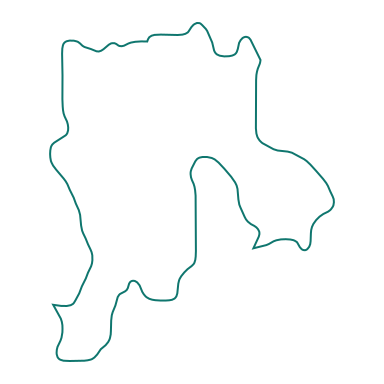 Jamao al Norte, Espaillat, Dominican Republic
{"feature_id": "3306468B95520457943603", "entity_name": "Jamao al Norte", "entity_type": "district", "adm_level": 2, "iso_a3": "DOM", "parent_name": "Dominican Republic", "parent_adm1": "Espaillat", "projection": "natural_earth1", "projection_center": [-70.445, 19.588], "detail": "fine", "context": "isolated", "style": "outline", "palette": "teal", "viewbox_px": 384, "rotation_deg": 0, "n_neighbors": 0, "source": "geoboundaries", "source_scale": "gbopen_adm2", "svg_char_len": 3644}
<svg xmlns="http://www.w3.org/2000/svg" viewBox="0 0 384 384"><path d="M260.5,60.0L250.5,39.7L248.9,37.8L247.7,37.2L246.5,36.9L245.2,36.9L243.9,37.3L242.6,38.0L240.6,40.2L239.1,42.9L237.8,49.0L236.8,51.9L236.0,53.2L234.9,54.3L233.6,55.0L232.1,55.6L229.1,56.2L224.3,56.4L219.7,55.7L216.9,54.4L215.7,53.3L214.8,52.0L214.1,50.5L212.2,42.5L207.2,31.0L205.8,28.9L202.1,25.0L200.4,23.5L199.3,23.1L196.9,23.0L194.5,24.1L193.4,24.9L191.4,27.1L188.6,31.4L187.8,32.4L185.4,33.8L182.5,34.6L177.7,35.0L160.8,34.6L154.5,34.9L151.6,35.7L149.3,37.2L148.0,39.3L147.2,41.5L141.2,41.4L135.2,41.8L130.9,42.6L128.4,43.5L124.0,45.7L121.7,46.2L119.5,46.0L118.5,45.6L116.3,44.0L114.5,43.2L112.3,43.2L111.1,43.4L108.8,44.7L103.5,49.2L101.2,50.7L98.8,51.5L96.5,51.3L90.8,49.0L84.5,47.0L82.5,45.8L80.0,43.4L78.0,41.9L76.7,41.4L73.9,40.7L69.6,40.6L66.8,41.2L65.5,41.8L64.3,42.8L63.4,44.1L62.9,45.5L62.3,48.6L62.1,53.7L62.5,75.5L62.4,99.2L62.7,106.5L63.0,110.0L63.6,113.4L64.6,116.4L67.0,121.5L67.8,124.4L68.2,127.4L68.1,130.3L67.3,133.1L66.6,134.3L65.7,135.3L54.2,142.7L52.3,144.5L51.5,145.8L50.9,147.2L50.3,150.4L50.1,153.9L50.3,157.4L50.9,160.9L51.5,162.5L53.1,165.6L56.1,169.6L63.7,178.6L65.7,181.3L67.4,184.2L69.8,189.9L73.7,197.7L75.8,203.5L78.8,210.1L80.1,214.9L81.1,225.5L82.1,230.6L83.2,233.4L85.7,238.6L88.0,244.3L90.5,249.5L91.6,252.2L92.3,255.3L92.4,260.1L92.0,263.3L91.1,266.3L88.0,272.7L85.8,278.5L81.9,286.3L79.2,293.4L75.3,300.6L73.9,302.9L73.0,303.9L70.7,305.2L66.7,306.0L61.0,305.9L53.2,304.8L60.8,318.6L61.8,321.7L62.4,325.2L62.5,328.8L62.4,332.4L61.5,337.7L60.5,340.6L57.5,346.9L56.8,349.8L56.6,352.8L56.7,354.2L57.5,357.0L58.3,358.2L59.5,359.3L60.8,359.9L63.5,360.7L69.7,361.0L84.4,360.7L87.6,360.3L90.7,359.6L92.2,359.0L94.4,357.5L97.2,354.5L100.8,349.2L105.6,345.2L108.2,342.0L109.5,339.5L110.0,337.9L110.7,334.5L110.9,331.0L111.2,320.4L111.8,315.2L112.7,312.1L115.4,305.5L117.7,297.1L119.1,294.9L120.0,294.0L125.0,291.4L126.7,290.0L127.8,288.1L129.1,283.7L129.7,282.7L130.4,281.8L131.5,281.1L132.7,280.8L133.9,280.8L135.1,281.1L137.2,282.4L139.6,285.4L142.3,291.9L143.8,294.3L145.6,296.4L146.7,297.3L149.3,298.8L152.2,299.7L155.3,300.2L160.0,300.5L166.2,300.5L169.2,300.3L172.0,299.8L174.5,298.6L175.5,297.6L176.4,296.3L177.3,293.4L178.3,283.6L179.1,280.3L179.7,278.8L181.3,276.1L184.3,272.4L187.5,269.2L191.8,265.9L193.6,264.1L194.4,262.8L195.3,259.8L195.7,256.5L195.9,251.2L195.6,195.6L195.1,190.2L194.5,186.8L193.6,183.8L191.9,180.0L191.0,177.3L190.6,174.2L190.6,172.7L190.8,171.2L191.7,168.4L195.3,161.3L197.0,159.1L198.3,158.2L199.6,157.6L202.5,157.0L207.1,157.0L211.8,158.0L214.7,159.4L218.6,162.6L224.4,168.8L231.2,176.8L235.1,182.4L236.6,185.5L237.5,188.9L238.4,199.5L239.3,204.6L240.4,207.4L244.6,216.8L246.0,219.4L247.8,221.6L250.9,224.1L254.3,225.9L256.4,227.4L258.0,229.2L259.2,231.5L259.4,232.8L259.4,234.2L258.8,236.6L253.4,248.3L266.3,245.1L268.9,244.0L273.6,241.3L276.3,240.3L280.9,239.4L285.7,239.2L290.3,239.5L293.2,240.1L294.5,240.6L296.8,242.0L297.5,243.0L299.8,247.1L301.3,248.8L302.1,249.5L303.2,250.0L304.4,250.2L305.6,250.1L306.7,249.6L307.6,248.8L309.2,246.8L310.2,244.2L310.6,241.2L310.9,233.2L311.2,230.0L312.0,226.9L313.4,223.9L316.2,220.0L319.6,216.6L323.3,214.0L328.2,211.6L330.3,210.0L331.2,209.0L332.8,206.7L333.4,205.4L333.9,202.3L333.7,199.2L332.7,196.5L330.3,191.5L327.9,185.9L326.2,183.0L323.0,178.8L316.2,171.0L310.4,164.6L306.7,161.1L304.1,159.2L291.9,152.7L287.7,151.6L277.6,150.5L273.5,149.2L262.7,143.3L261.6,142.5L259.6,140.5L258.0,138.1L257.3,136.7L256.4,133.5L255.9,128.3L256.1,80.1L256.4,74.9L257.0,71.6L257.8,68.7L259.8,63.7L260.2,62.1L260.5,60.0Z" fill="none" stroke="#0f766e" stroke-width="2"/></svg>